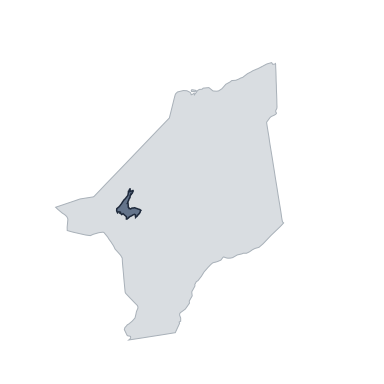 location of Eldas, North-Eastern, Kenya, rotated 224°
{"feature_id": "3690345B40849356023427", "entity_name": "Eldas", "entity_type": "district", "adm_level": 2, "iso_a3": "KEN", "parent_name": "Kenya", "parent_adm1": "North-Eastern", "projection": "equal_earth", "projection_center": [39.451, 2.194], "detail": "fine", "context": "in_parent", "style": "filled", "palette": "slate", "viewbox_px": 384, "rotation_deg": 224, "n_neighbors": 0, "source": "geoboundaries", "source_scale": "gbopen_adm2", "svg_char_len": 6261}
<svg xmlns="http://www.w3.org/2000/svg" viewBox="0 0 384 384"><g transform="rotate(224 192 192)"><path d="M104.6,233.4L104.5,228.4L105.0,215.5L104.9,204.3L105.4,198.7L107.5,195.1L108.4,192.5L109.1,188.9L110.2,185.9L112.6,183.5L113.1,182.2L115.7,178.2L117.2,173.0L118.4,171.2L119.9,169.6L120.9,168.8L122.6,167.9L124.0,167.4L124.2,167.0L124.3,166.2L123.9,163.0L124.4,161.9L125.3,159.8L126.4,157.8L127.3,156.5L127.9,155.2L128.1,153.0L128.1,151.4L128.1,148.8L127.8,142.9L126.7,137.9L126.1,132.4L126.6,130.5L125.7,127.3L125.3,127.1L124.6,126.4L123.7,123.3L123.0,120.5L122.6,119.8L119.7,117.4L118.2,111.6L116.6,110.3L115.7,104.6L115.5,103.0L116.5,97.3L116.4,96.0L115.4,94.8L112.6,93.5L110.4,91.2L110.7,90.3L110.9,89.5L109.7,88.9L106.3,79.2L110.7,73.3L115.2,67.3L120.9,59.8L126.1,52.9L130.6,47.0L134.7,41.6L134.6,42.6L134.6,44.0L135.1,44.8L135.9,45.4L137.1,44.8L138.1,44.0L139.1,43.8L145.1,46.0L146.1,47.9L146.1,50.0L146.3,51.5L145.8,53.0L145.3,57.6L145.5,61.8L147.3,64.9L148.9,67.4L150.2,70.8L151.1,71.8L152.4,72.4L156.6,72.5L162.8,72.7L168.7,73.0L169.2,73.0L170.5,73.5L175.9,78.1L180.9,82.4L185.1,86.1L189.2,89.6L193.2,93.1L196.3,96.0L199.4,96.9L204.3,97.3L207.7,97.5L210.9,98.7L215.6,99.8L219.1,100.4L221.3,101.0L227.2,101.7L228.1,101.3L230.7,98.1L233.7,92.9L234.8,90.0L238.6,87.2L245.2,83.2L249.8,80.4L255.0,77.6L257.4,80.0L260.6,84.0L262.1,85.9L263.2,86.7L265.0,87.3L267.1,87.3L268.3,87.2L270.7,86.7L276.3,86.3L279.5,86.3L276.8,91.5L273.6,97.7L267.7,109.2L263.1,115.3L259.7,119.8L259.4,120.6L259.4,125.7L259.5,138.2L259.5,163.1L259.6,188.0L259.7,212.9L259.7,225.3L259.7,229.5L262.7,234.7L265.7,239.9L269.6,246.6L271.6,250.2L272.0,251.5L271.9,253.9L268.7,259.0L266.0,261.3L262.5,262.4L261.5,262.2L260.1,261.4L259.5,262.6L259.1,264.5L258.4,264.1L257.8,263.6L258.1,266.9L258.5,268.6L258.0,270.9L256.2,272.8L256.1,274.5L252.4,278.8L247.1,279.3L244.4,281.5L243.1,283.2L242.2,287.1L242.5,293.0L241.1,297.5L240.8,299.8L238.1,302.8L236.9,305.5L236.0,308.2L235.2,309.4L234.3,315.6L233.0,319.4L232.7,320.6L232.4,321.7L231.4,323.9L230.8,325.5L230.3,326.4L227.1,336.1L224.6,340.4L222.6,339.9L221.3,341.6L221.2,342.4L220.5,341.9L218.9,340.3L215.5,337.1L212.1,333.8L208.8,330.5L205.4,327.3L202.1,324.0L198.7,320.8L195.3,317.5L192.0,314.2L190.0,312.3L189.1,311.2L188.4,308.9L188.1,308.4L187.2,307.7L186.1,307.5L185.8,307.1L185.8,306.0L186.2,304.4L187.4,301.4L187.6,299.7L187.3,297.7L186.9,294.5L186.6,293.8L184.4,292.1L179.7,288.6L175.0,285.1L170.4,281.5L165.7,278.0L161.0,274.5L156.3,271.0L151.7,267.5L147.0,264.0L142.3,260.4L137.6,256.9L132.9,253.4L128.3,249.9L123.6,246.4L118.9,242.9L114.2,239.4L109.6,235.8L107.8,234.5L106.2,233.4L104.6,233.4ZM260.1,267.6L259.2,267.8L259.7,266.1L262.1,264.0L263.0,264.4L263.2,264.9L263.2,265.4L262.8,265.8L260.1,267.6Z" fill="#d9dde1" stroke="#a8b0b8" stroke-width="1"/><path d="M234.5,127.7L233.1,126.1L231.4,125.4L231.1,125.3L231.1,125.8L231.2,126.1L231.2,126.5L231.0,126.8L230.9,126.8L230.7,127.0L230.4,127.3L230.2,127.4L229.9,127.5L229.7,127.7L229.5,127.8L229.4,127.8L229.3,127.7L229.4,127.4L229.3,127.2L229.2,127.1L229.2,126.8L229.2,126.7L228.9,126.8L228.7,127.0L228.4,127.1L227.9,127.0L226.9,126.9L226.6,128.1L226.5,128.4L226.5,128.5L223.3,128.6L222.1,128.7L220.4,127.0L220.2,127.2L220.2,127.3L220.1,127.5L220.0,127.8L219.9,127.8L219.9,128.1L219.9,128.3L219.9,128.5L219.8,128.8L219.7,128.9L219.7,129.0L219.7,129.3L219.7,129.6L219.7,129.8L219.8,129.9L219.7,130.1L219.7,130.5L219.6,131.1L219.6,131.3L219.5,131.6L219.4,131.8L219.2,132.0L219.1,132.4L219.1,132.5L218.9,133.0L218.8,133.5L218.7,133.7L218.7,133.9L218.7,134.1L218.6,134.4L218.5,134.6L218.4,134.9L218.4,135.0L218.2,135.2L218.1,135.4L218.0,135.5L217.9,135.8L217.8,136.0L217.6,136.0L217.4,136.1L217.1,136.3L216.9,136.3L216.7,136.3L216.6,136.2L216.4,135.9L216.3,135.7L216.2,135.6L216.0,135.3L215.6,135.1L215.4,134.9L215.2,134.8L215.0,134.7L214.9,134.6L214.9,134.9L214.9,135.3L214.9,135.5L214.8,135.9L214.8,136.0L214.7,136.2L214.7,136.3L214.7,136.5L214.8,136.6L214.8,137.0L214.8,137.3L214.9,137.5L214.9,137.8L214.9,138.0L215.0,138.3L215.0,138.5L214.9,138.9L215.0,139.1L215.0,139.6L214.9,139.8L215.0,140.0L215.0,140.3L215.1,140.5L215.2,140.8L215.2,141.0L215.3,141.1L215.3,141.3L215.3,141.5L215.5,141.8L215.6,142.0L215.8,142.2L215.8,142.3L215.9,142.5L216.0,142.6L216.0,142.8L216.0,143.0L216.0,143.3L217.5,143.1L218.4,142.6L219.2,142.2L219.8,142.0L220.0,141.9L220.4,141.7L220.8,141.5L221.1,141.3L221.6,141.1L221.8,141.1L222.0,141.0L222.4,140.7L222.7,140.5L222.8,140.0L223.0,139.8L224.0,138.8L224.0,138.7L224.4,137.2L224.5,137.2L224.8,137.0L225.1,136.8L225.3,136.7L225.6,136.6L225.8,136.4L226.1,136.7L226.5,136.9L226.8,136.8L227.1,136.9L227.3,136.8L228.2,137.7L229.2,138.6L229.5,138.9L229.7,139.1L229.9,139.2L230.0,139.2L230.5,139.7L230.7,139.3L230.8,139.6L231.2,140.2L231.4,140.6L231.4,140.8L231.5,141.0L231.8,141.9L231.8,142.0L232.0,142.4L232.1,142.5L232.3,143.0L232.5,143.4L232.5,143.7L232.6,144.3L232.7,144.6L232.8,144.6L232.8,144.8L232.9,145.1L233.0,145.4L233.1,145.5L233.5,145.8L233.7,146.2L233.8,146.3L233.9,146.5L234.0,146.5L234.2,146.9L234.3,147.0L234.3,147.3L234.3,147.6L234.4,147.8L234.5,147.9L234.0,148.1L234.2,148.4L234.2,148.5L234.2,148.8L234.2,149.0L234.2,149.3L234.2,149.5L234.3,149.5L234.4,149.8L234.5,149.9L234.5,150.0L234.6,150.4L234.7,150.5L234.7,150.8L234.8,150.9L234.8,151.0L234.7,151.1L234.8,151.2L234.8,151.3L234.9,151.6L235.0,151.8L235.0,152.0L235.1,152.3L235.0,152.5L235.6,152.0L236.8,149.3L238.5,151.1L238.6,150.9L238.8,150.9L238.8,150.7L238.7,150.6L238.5,150.0L238.5,149.8L238.5,149.7L238.4,149.6L238.3,149.4L238.2,149.3L238.1,149.1L238.0,148.9L238.1,148.6L238.2,148.4L238.0,148.2L237.9,147.9L237.6,147.7L237.2,147.1L237.0,146.8L236.9,146.7L236.7,146.4L236.5,146.1L236.4,146.0L236.3,145.8L236.2,145.6L236.0,145.4L235.9,145.2L235.8,144.9L235.7,144.7L235.7,144.4L235.7,144.2L235.6,143.7L235.6,143.2L235.6,142.8L235.5,142.6L235.5,142.1L235.4,141.8L235.4,141.6L235.4,141.1L235.3,140.5L235.3,140.2L235.4,139.9L235.4,139.5L235.4,139.3L235.4,139.2L235.4,138.9L235.4,138.7L235.3,138.4L235.2,137.8L235.1,137.2L235.0,136.7L235.0,136.3L235.0,136.2L234.9,136.1L234.9,135.9L234.8,135.6L234.7,135.4L234.7,135.1L234.6,134.7L234.5,134.1L234.5,133.9L234.5,133.3L234.3,132.6L234.2,130.7L234.5,127.9L234.5,127.7Z" fill="#64748b" stroke="#1e293b" stroke-width="1.5"/></g></svg>